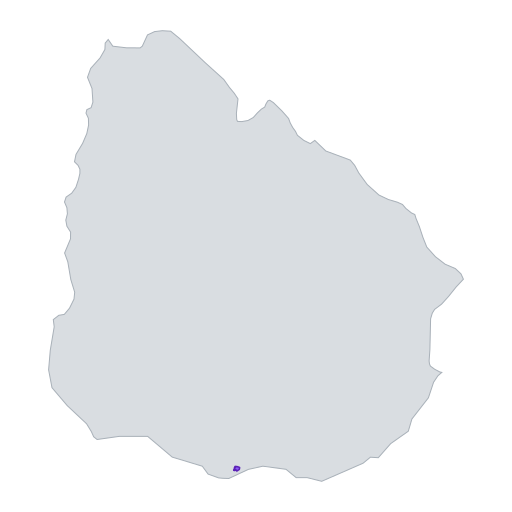 Nicolich, Canelones, Uruguay shown in context
{"feature_id": "84410073B10990004247606", "entity_name": "Nicolich", "entity_type": "district", "adm_level": 2, "iso_a3": "URY", "parent_name": "Uruguay", "parent_adm1": "Canelones", "projection": "orthographic", "projection_center": [-56.036, -34.803], "detail": "fine", "context": "in_parent", "style": "filled", "palette": "violet", "viewbox_px": 512, "rotation_deg": 0, "n_neighbors": 0, "source": "geoboundaries", "source_scale": "gbopen_adm2", "svg_char_len": 2696}
<svg xmlns="http://www.w3.org/2000/svg" viewBox="0 0 512 512"><path d="M441.8,372.4L437.9,375.8L433.6,382.2L428.4,397.8L411.9,419.0L408.3,431.2L390.7,443.6L378.3,457.7L370.4,457.2L363.1,463.2L321.7,481.3L307.0,477.6L296.1,477.6L286.0,469.3L262.8,466.2L248.3,469.4L228.8,478.5L222.9,478.3L218.6,477.9L208.1,474.1L202.3,466.2L172.2,457.1L147.7,436.4L119.0,436.4L97.1,439.5L93.7,436.8L91.3,431.5L86.6,423.8L67.3,405.7L52.0,387.7L48.6,369.8L50.3,350.1L54.2,326.8L53.3,319.6L58.8,315.3L64.3,314.4L69.5,308.2L74.0,299.1L74.7,292.2L70.8,279.5L67.8,261.8L64.6,253.0L70.5,238.9L70.6,232.1L66.9,226.2L65.8,220.1L67.4,213.8L66.9,207.7L64.5,202.0L66.1,197.1L71.7,193.2L75.9,187.3L78.5,179.4L79.9,173.4L79.9,169.2L78.1,165.4L74.5,161.8L76.0,154.4L82.6,143.4L86.8,133.6L88.6,125.1L88.4,118.3L86.0,113.1L86.9,109.6L91.1,107.7L92.9,102.1L92.0,88.5L87.5,77.3L90.7,68.4L100.1,57.9L104.9,49.5L105.2,43.1L108.2,39.5L112.8,46.2L126.4,47.8L140.1,47.9L142.3,46.2L147.5,34.9L154.6,31.6L162.3,30.7L170.7,31.2L179.7,38.6L205.2,62.7L223.8,79.5L229.4,87.4L234.3,93.3L238.0,98.9L236.4,113.3L236.7,119.6L237.5,121.4L241.7,121.6L248.0,120.5L253.3,117.5L257.4,112.9L261.4,109.1L264.7,107.1L265.9,104.1L267.8,100.9L269.7,100.2L273.4,102.6L281.9,110.9L288.6,118.5L290.2,122.9L292.7,127.5L295.5,131.4L297.4,135.3L303.8,140.4L310.3,143.6L314.8,140.4L325.8,151.0L350.3,160.1L354.7,165.4L358.8,173.0L367.2,184.5L378.9,195.0L388.3,199.5L397.4,202.2L402.5,204.5L405.9,208.5L411.4,212.9L414.8,214.5L416.0,218.4L419.4,226.7L422.9,237.3L426.8,247.1L435.4,256.7L445.1,264.2L455.4,268.6L461.0,273.9L463.4,279.2L456.2,286.9L448.5,296.5L441.6,304.1L434.6,309.4L432.3,313.1L430.6,318.8L429.9,349.6L429.1,361.0L429.5,364.0L430.4,366.1L434.6,369.2L439.7,371.9L441.8,372.4Z" fill="#d9dde1" stroke="#a8b0b8" stroke-width="1"/><path d="M237.1,470.9L237.6,470.6L238.0,470.3L238.3,470.1L238.7,469.9L239.0,469.7L239.3,469.4L239.4,469.0L239.5,468.6L239.6,468.0L239.6,467.8L239.6,467.5L239.5,467.4L239.0,467.2L238.7,467.1L238.1,467.0L238.0,466.8L237.9,466.7L237.7,466.7L237.1,466.6L236.3,466.5L235.9,466.4L235.5,466.4L235.5,466.5L235.4,466.7L235.2,466.7L235.2,466.8L235.3,466.8L235.2,466.9L234.9,466.9L234.9,467.0L234.8,467.3L234.7,467.4L234.7,467.5L234.8,467.5L234.7,467.6L234.5,467.8L234.7,468.0L234.8,468.0L234.7,468.1L234.6,468.3L234.7,468.5L234.6,468.8L234.4,468.9L234.3,469.0L234.2,469.0L234.1,469.3L234.0,469.5L233.9,469.5L233.8,469.8L233.7,469.9L233.7,470.0L233.8,470.1L233.8,470.3L234.0,470.3L234.2,470.2L234.4,470.3L234.6,470.5L234.8,470.6L235.0,470.5L235.2,470.3L235.2,470.1L235.3,469.9L235.7,469.7L235.9,469.8L235.9,470.1L236.2,470.3L236.5,470.4L236.8,470.6L237.1,470.6L237.1,470.9Z" fill="#8b5cf6" stroke="#5b21b6" stroke-width="1.5"/></svg>